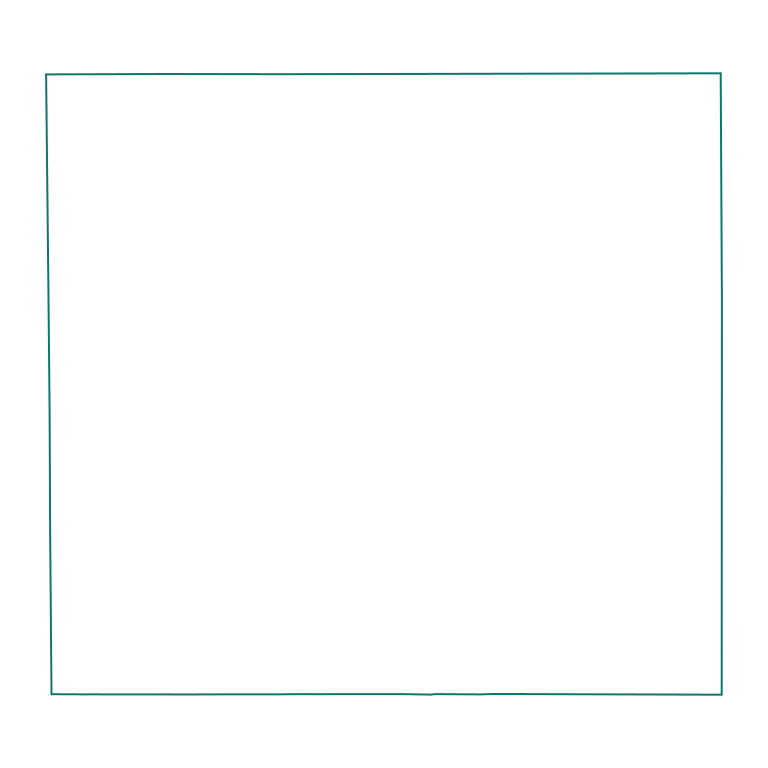 Cowley, Kansas, United States of America (Robinson projection)
{"feature_id": "52423323B98779997408159", "entity_name": "Cowley", "entity_type": "district", "adm_level": 2, "iso_a3": "USA", "parent_name": "United States of America", "parent_adm1": "Kansas", "projection": "robinson", "projection_center": [-96.904, 37.238], "detail": "fine", "context": "isolated", "style": "outline", "palette": "teal", "viewbox_px": 768, "rotation_deg": 0, "n_neighbors": 0, "source": "geoboundaries", "source_scale": "gbopen_adm2", "svg_char_len": 546}
<svg xmlns="http://www.w3.org/2000/svg" viewBox="0 0 768 768"><path d="M721.9,299.2L720.7,73.3L280.6,74.2L279.0,74.2L163.7,74.0L46.1,74.4L48.5,297.9L49.6,411.4L50.1,525.8L51.5,694.2L78.6,694.3L81.1,694.4L98.3,694.3L102.2,694.4L167.8,694.4L178.3,694.5L237.0,694.3L245.8,694.3L281.1,694.3L291.1,694.2L294.8,694.2L300.0,694.1L314.6,694.2L316.1,694.2L343.9,694.1L353.4,694.1L401.6,694.1L431.3,694.6L434.7,694.1L480.1,694.4L489.4,694.1L494.4,694.0L522.5,694.0L528.0,694.1L721.7,694.7L721.9,299.2Z" fill="none" stroke="#0f766e" stroke-width="2"/></svg>